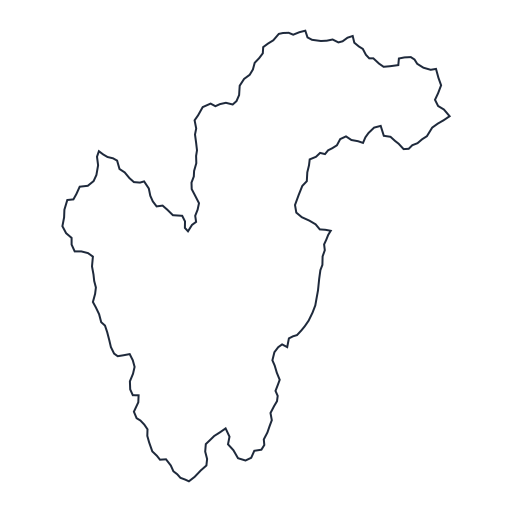 outline of Cotia, São Paulo, Brazil
{"feature_id": "56859067B86024623028982", "entity_name": "Cotia", "entity_type": "district", "adm_level": 2, "iso_a3": "BRA", "parent_name": "Brazil", "parent_adm1": "São Paulo", "projection": "equal_earth", "projection_center": [-46.953, -23.683], "detail": "fine", "context": "isolated", "style": "outline", "palette": "slate", "viewbox_px": 512, "rotation_deg": 0, "n_neighbors": 0, "source": "geoboundaries", "source_scale": "gbopen_adm2", "svg_char_len": 3134}
<svg xmlns="http://www.w3.org/2000/svg" viewBox="0 0 512 512"><path d="M352.7,36.0L347.5,37.7L342.6,41.3L338.4,42.4L332.6,39.5L326.8,40.7L320.9,41.0L312.0,39.8L307.5,37.4L305.3,30.7L299.4,32.2L293.2,34.7L288.7,32.8L283.0,33.0L278.8,33.9L273.3,40.3L268.1,43.5L263.2,47.1L262.8,53.3L259.2,58.1L254.7,62.8L252.9,69.5L249.7,74.8L244.1,78.9L239.7,85.7L239.1,95.1L236.5,101.1L232.7,104.5L225.9,102.8L220.0,104.1L215.4,106.2L210.6,103.6L202.7,107.1L198.1,115.3L194.6,120.3L196.2,128.5L195.0,134.5L196.1,142.7L197.0,150.3L196.1,155.9L196.3,163.2L194.1,170.9L193.8,176.5L191.5,182.6L191.7,189.1L195.1,195.6L199.0,203.2L197.6,209.7L195.2,215.8L196.1,221.9L192.0,224.9L188.0,231.3L184.9,227.9L185.0,221.4L182.2,215.8L172.9,215.2L167.5,209.9L162.6,205.6L156.6,206.4L152.8,201.4L150.3,195.8L148.8,188.5L144.1,181.4L140.0,182.6L133.9,182.1L129.5,178.2L124.7,172.4L119.5,169.0L117.1,160.6L113.0,158.3L107.5,157.0L103.1,154.4L98.9,151.2L97.0,156.7L98.1,165.3L96.4,175.0L93.6,181.1L87.8,185.8L79.7,186.7L76.4,194.0L73.4,199.4L67.3,200.0L64.4,209.7L64.1,217.4L62.4,226.2L66.1,233.2L71.6,237.9L71.6,244.6L74.7,251.4L81.3,251.4L88.0,253.1L92.9,256.6L92.0,266.4L93.5,274.6L94.2,281.0L95.9,287.5L95.1,293.9L92.9,302.0L95.9,307.5L99.1,314.2L101.2,322.2L105.0,325.6L107.2,332.2L109.3,340.3L110.9,347.1L114.1,353.6L117.7,356.2L123.3,355.3L129.7,354.1L132.8,360.3L134.6,366.9L133.0,373.8L129.9,381.3L130.2,389.4L132.8,395.2L138.6,395.3L138.3,402.3L133.9,411.7L136.6,418.2L140.4,420.5L144.3,424.6L147.5,429.3L147.3,435.9L149.1,442.3L152.3,451.4L156.9,455.8L160.0,459.7L166.0,459.3L170.8,465.5L173.4,471.3L177.3,474.3L180.4,477.8L185.2,479.6L188.9,481.3L194.6,476.9L200.8,470.4L206.4,465.5L207.1,459.0L205.2,451.6L205.8,444.1L210.2,439.9L214.3,435.9L220.3,432.1L225.6,428.4L229.5,436.7L228.0,444.3L233.4,450.2L238.0,458.2L245.5,460.5L251.2,457.8L254.3,450.8L261.4,449.7L264.3,445.0L263.8,439.4L267.4,432.5L269.6,426.1L271.8,420.2L270.5,413.0L274.2,405.9L277.0,401.2L277.7,395.9L275.5,390.9L277.9,384.7L279.7,379.8L276.8,372.7L274.7,365.6L272.4,360.3L274.4,352.2L278.2,347.2L282.1,344.4L287.2,347.1L288.9,338.4L293.0,336.3L297.0,335.1L301.3,330.5L304.8,326.2L308.6,320.7L312.5,312.7L315.3,305.4L316.5,298.6L318.0,290.4L319.2,278.7L320.4,270.1L322.4,264.9L322.6,256.4L324.8,250.2L324.1,244.4L326.2,239.9L328.2,234.9L330.7,230.8L325.5,229.8L319.8,229.4L315.6,224.3L309.3,220.6L301.8,217.2L296.3,212.6L295.0,205.0L298.7,194.9L302.3,185.9L306.8,181.2L307.3,172.3L309.0,165.3L309.7,159.4L316.0,156.8L320.1,152.9L325.0,154.1L328.1,150.3L332.3,148.2L336.9,145.3L340.2,139.1L346.0,136.4L351.4,140.0L358.0,141.2L363.0,142.9L365.4,137.3L368.5,133.0L374.1,127.6L380.7,125.9L383.8,135.8L390.5,136.8L395.0,140.9L398.6,143.7L403.6,149.1L408.7,148.8L412.3,145.2L417.5,143.2L422.2,139.2L426.9,136.2L432.2,127.6L437.8,123.6L444.0,120.0L449.6,116.2L443.9,109.5L438.1,106.0L435.0,99.8L438.1,93.2L441.1,85.3L438.4,77.7L436.0,68.9L430.7,69.8L423.4,67.7L417.2,63.8L414.5,59.5L410.8,57.1L404.5,57.4L398.9,58.5L398.3,65.1L390.2,66.2L383.6,66.8L379.0,63.6L373.3,58.3L369.2,58.3L365.9,54.8L362.8,48.9L358.9,46.5L354.3,42.7L352.7,36.0Z" fill="none" stroke="#1e293b" stroke-width="2"/></svg>